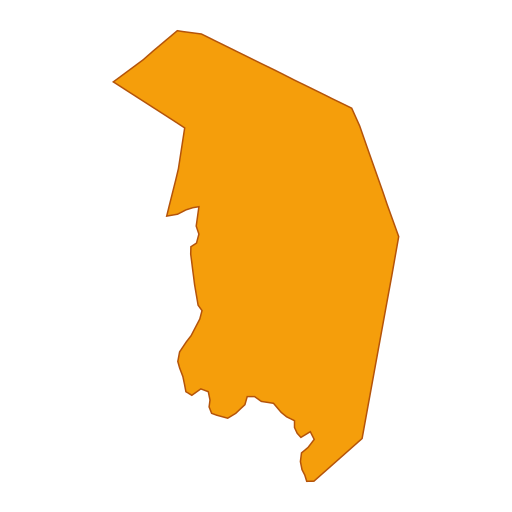 Pombos, Pernambuco, Brazil
{"feature_id": "56859067B12848074206663", "entity_name": "Pombos", "entity_type": "district", "adm_level": 2, "iso_a3": "BRA", "parent_name": "Brazil", "parent_adm1": "Pernambuco", "projection": "natural_earth1", "projection_center": [-35.406, -8.189], "detail": "fine", "context": "isolated", "style": "filled", "palette": "amber", "viewbox_px": 512, "rotation_deg": 0, "n_neighbors": 0, "source": "geoboundaries", "source_scale": "gbopen_adm2", "svg_char_len": 1151}
<svg xmlns="http://www.w3.org/2000/svg" viewBox="0 0 512 512"><path d="M184.5,384.3L185.9,391.7L191.8,395.3L200.8,388.9L208.3,391.7L210.0,400.1L209.1,406.9L211.6,413.3L216.7,415.2L227.7,418.2L235.8,413.3L240.5,408.8L244.9,404.7L247.2,396.6L254.6,396.6L261.3,401.4L273.5,403.3L281.2,412.4L286.6,416.8L294.5,420.7L294.5,427.5L297.2,433.3L300.9,437.4L310.3,431.7L314.2,439.4L308.1,447.4L301.5,452.9L300.4,461.6L302.0,469.6L304.8,475.1L306.7,481.3L313.9,481.2L362.1,438.5L368.3,404.3L387.3,300.1L391.7,276.2L398.7,236.6L387.1,204.4L382.7,191.4L367.4,148.1L359.7,126.0L351.7,108.2L332.0,98.6L319.8,92.5L315.1,90.2L294.0,79.9L276.5,71.0L261.3,63.6L214.7,40.6L201.4,34.0L183.1,31.6L177.3,30.7L153.5,50.7L143.0,59.9L113.3,81.9L171.5,119.3L184.7,127.9L178.4,168.8L175.7,180.1L169.0,206.7L166.7,216.1L177.6,214.2L185.9,209.9L192.8,207.7L198.9,206.7L197.3,218.3L196.2,226.1L198.9,234.1L196.5,243.1L190.9,246.7L190.7,254.1L191.7,261.8L192.8,270.7L193.7,277.5L194.6,284.7L198.1,305.2L202.0,310.6L199.8,319.0L195.1,328.0L191.1,335.7L186.5,341.6L179.6,351.9L177.8,361.5L179.6,367.9L182.9,376.6L184.5,384.3Z" fill="#f59e0b" stroke="#b45309" stroke-width="1.5"/></svg>